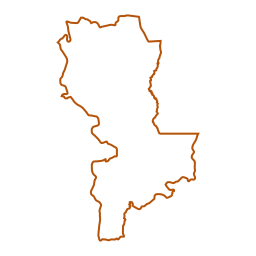 Kasaï-Oriental, Robinson projection
{"feature_id": "COD-1896", "entity_name": "Kasaï-Oriental", "entity_type": "Province", "adm_level": 1, "iso_a3": "COD", "parent_name": "Democratic Republic of the Congo", "parent_adm1": "", "projection": "robinson", "projection_center": [23.978, -4.842], "detail": "fine", "context": "isolated", "style": "outline", "palette": "amber", "viewbox_px": 256, "rotation_deg": 0, "n_neighbors": 0, "source": "natural_earth", "source_scale": "10m", "svg_char_len": 5753}
<svg xmlns="http://www.w3.org/2000/svg" viewBox="0 0 256 256"><path d="M128.0,15.4L138.9,16.8L139.2,17.9L140.2,25.1L140.7,27.3L141.2,28.5L144.1,33.0L147.2,39.5L148.0,40.8L148.6,41.5L149.1,41.6L160.6,40.9L160.4,44.1L159.9,46.0L160.2,47.3L160.4,49.7L161.0,52.1L161.0,52.7L159.7,56.3L159.5,57.8L158.5,59.4L158.2,60.2L158.0,62.3L158.6,63.0L158.5,63.4L158.2,63.7L157.6,63.2L157.4,63.5L157.5,63.8L158.0,64.3L157.7,65.0L157.8,65.8L157.7,66.6L157.0,68.2L156.4,68.8L156.2,70.3L155.8,70.6L155.0,70.6L154.2,70.9L154.4,73.8L154.2,74.1L153.5,74.3L153.1,74.7L152.5,75.9L152.2,76.0L152.1,76.8L151.8,77.2L150.9,77.4L150.4,77.7L150.5,78.3L151.0,79.4L151.1,79.7L150.9,80.5L150.3,80.6L150.1,80.8L150.1,81.0L150.2,82.1L150.8,84.7L150.9,85.9L150.0,87.1L149.3,88.5L148.8,88.8L149.2,90.0L149.5,90.4L150.1,90.6L149.7,91.1L150.0,91.3L151.1,91.3L151.5,91.5L151.4,91.8L151.2,92.1L151.2,92.7L152.1,94.3L152.5,93.8L153.0,95.1L154.1,96.2L154.1,97.7L155.2,98.8L155.8,98.3L156.1,98.6L156.5,99.4L156.8,100.7L157.3,101.2L157.2,102.0L156.9,102.5L157.7,103.5L157.8,103.7L157.4,104.5L157.3,104.9L157.4,106.0L157.7,106.6L157.8,107.0L157.7,107.5L157.2,108.5L156.6,111.6L156.9,111.8L157.8,113.5L157.5,114.0L156.3,115.3L155.1,117.2L155.1,117.5L154.6,117.7L154.0,118.3L153.4,118.9L152.8,120.5L152.7,121.0L153.2,121.9L153.0,122.2L153.6,122.8L154.3,124.7L155.4,125.7L156.3,126.2L156.8,127.6L157.5,128.2L157.9,130.0L159.3,133.3L159.9,133.5L160.8,133.7L198.2,133.7L197.4,135.4L196.1,139.7L193.5,144.0L192.7,145.7L192.3,147.5L192.4,148.8L193.8,151.2L194.0,152.1L193.7,152.9L192.4,154.6L191.9,155.8L191.7,157.1L191.8,157.7L192.2,158.5L194.4,160.9L194.7,161.5L194.9,162.7L194.7,167.5L195.0,170.7L194.7,171.7L194.0,173.2L193.9,173.8L194.0,174.8L194.9,176.7L195.1,177.9L194.8,178.8L194.2,179.5L193.4,179.6L191.8,179.4L191.0,179.5L190.2,179.9L189.4,180.9L188.8,181.3L188.1,181.0L187.9,180.7L187.6,179.1L187.0,178.4L184.2,177.3L182.7,177.1L181.9,177.5L178.2,181.2L177.5,181.5L176.0,181.7L174.1,182.9L173.2,183.1L169.9,182.2L168.1,182.1L167.6,182.3L166.4,183.3L165.6,184.7L166.6,186.3L168.9,189.2L169.4,189.6L170.1,189.7L170.3,190.0L173.4,189.6L173.9,189.9L174.0,190.2L174.0,191.0L172.9,191.6L172.4,192.2L172.4,193.0L172.3,193.6L171.6,195.6L171.3,196.0L167.9,197.6L167.1,197.8L166.6,197.7L164.4,195.6L162.0,194.5L159.6,194.1L158.1,194.1L156.1,194.3L155.2,195.0L154.6,195.9L154.4,196.9L154.5,197.9L154.4,198.5L154.2,198.9L149.6,202.9L148.7,203.4L146.8,204.0L144.5,206.1L144.0,206.3L142.3,206.4L141.6,206.6L140.7,208.4L139.9,209.1L138.8,209.1L137.2,208.5L133.2,206.2L132.7,205.6L132.8,204.2L132.6,203.4L132.2,202.6L131.8,202.2L131.3,202.1L130.4,202.2L130.0,202.0L129.7,202.2L129.7,202.4L130.1,202.8L130.3,203.9L130.2,204.0L129.5,204.0L129.3,204.2L129.2,204.6L130.1,205.8L129.8,205.9L129.7,206.3L129.7,206.5L130.1,206.5L130.0,207.3L129.7,208.1L129.2,208.6L127.7,208.9L127.2,209.3L127.0,210.0L126.6,210.3L125.7,212.4L124.6,213.2L124.3,214.0L124.5,216.4L124.4,217.2L124.1,217.9L124.0,218.3L125.0,219.0L125.4,219.7L125.1,220.2L124.7,220.6L124.2,223.9L124.0,224.5L123.7,225.0L123.1,225.6L123.1,225.8L123.2,226.4L123.0,227.1L122.9,233.1L123.0,233.7L123.7,235.1L123.9,236.0L123.9,236.6L123.6,236.7L121.5,236.6L120.6,236.8L119.7,237.6L118.9,238.9L118.1,239.4L117.7,239.3L116.8,238.5L115.1,239.5L114.7,239.5L111.4,239.4L110.6,239.6L109.2,240.2L108.5,240.2L107.2,240.0L105.5,239.4L104.0,239.5L102.7,239.2L102.2,239.3L101.3,240.3L100.5,240.6L99.8,240.3L99.3,239.5L98.9,237.3L98.3,235.5L99.3,225.1L100.1,220.4L100.1,218.3L99.8,215.5L100.0,213.6L99.5,211.5L99.6,210.1L101.0,205.6L101.1,205.1L100.8,204.1L99.7,202.5L98.9,201.8L97.2,201.0L96.0,200.2L95.4,199.4L93.9,196.5L93.3,195.9L91.6,194.7L91.1,193.8L90.9,192.2L91.1,190.9L93.2,186.6L93.9,185.0L94.1,184.0L94.5,180.9L95.3,179.0L96.0,177.9L96.1,177.4L96.0,176.8L95.5,176.1L93.9,174.7L93.3,174.0L92.5,172.4L92.2,171.4L91.9,169.6L91.8,164.6L92.7,162.4L93.2,161.8L93.7,161.6L94.5,161.4L97.9,161.3L102.2,160.7L103.1,160.4L105.1,159.3L105.4,159.2L105.7,159.4L105.5,160.7L105.6,161.1L106.0,161.5L106.9,161.4L107.7,161.1L108.5,160.5L109.4,159.1L110.1,158.6L112.3,157.7L114.7,156.3L116.2,156.4L116.6,156.3L116.9,155.6L116.9,149.2L116.5,148.2L115.3,147.2L114.0,146.6L111.1,144.8L108.2,143.8L107.8,143.5L107.5,143.0L107.0,142.0L106.7,141.6L105.9,141.7L102.5,143.0L101.7,143.0L100.9,142.7L98.4,139.3L95.1,135.9L92.4,133.6L92.0,132.8L91.8,132.1L91.7,130.4L91.8,129.1L92.6,127.5L93.3,126.8L97.7,125.5L98.4,125.0L98.9,124.2L98.9,122.4L98.3,118.7L97.7,117.6L97.0,116.8L96.1,116.4L94.0,116.1L91.6,115.5L89.3,115.4L88.4,115.0L85.9,111.6L82.8,108.0L81.2,106.7L77.1,104.4L74.7,102.3L73.9,101.4L73.2,100.2L70.9,97.2L70.5,96.9L68.0,97.6L67.3,98.3L65.9,98.4L65.4,98.3L65.0,98.1L64.6,97.7L64.3,97.2L64.1,96.7L63.8,96.5L61.7,96.2L61.9,95.6L62.3,94.8L63.1,94.3L64.3,94.0L66.0,94.1L66.8,94.0L67.2,93.8L67.5,93.4L67.4,92.2L65.9,87.5L65.4,86.5L64.7,85.9L62.0,85.1L61.3,84.7L60.7,83.8L60.3,82.1L60.3,79.4L60.5,78.7L61.9,77.0L62.5,76.0L63.2,72.9L64.7,69.9L67.3,61.6L67.3,61.0L67.0,59.2L66.6,58.1L66.1,57.1L62.1,50.9L61.4,50.2L60.9,49.3L60.4,47.4L60.1,45.1L59.5,44.1L57.8,42.4L58.5,41.9L60.1,39.6L62.6,38.1L63.7,36.9L64.6,35.5L65.5,34.9L66.5,35.1L67.0,35.8L67.2,36.9L67.0,39.6L67.1,40.1L67.5,41.0L68.1,41.6L68.7,41.7L69.2,41.6L70.0,41.0L70.4,40.4L70.5,39.3L68.4,31.1L68.0,27.4L67.7,25.9L66.5,22.5L66.5,21.7L67.0,21.4L70.1,22.5L71.6,22.8L77.0,23.1L77.4,23.0L78.3,22.3L80.6,18.3L81.1,17.6L81.8,17.8L83.0,17.6L85.6,19.2L87.3,19.4L89.0,20.4L90.2,21.3L91.2,23.1L93.2,22.2L93.6,22.1L95.2,22.1L96.3,22.4L97.5,23.3L98.4,24.6L99.6,26.9L100.0,27.3L100.4,27.4L101.7,26.8L110.6,24.8L112.2,24.8L114.6,25.3L115.3,25.1L115.5,24.7L115.5,23.4L115.7,22.8L116.3,22.1L117.6,21.4L118.3,20.4L118.4,17.6L118.6,17.1L119.3,16.4L120.5,16.1L124.9,16.0L125.7,15.6L128.0,15.4Z" fill="none" stroke="#b45309" stroke-width="2"/></svg>